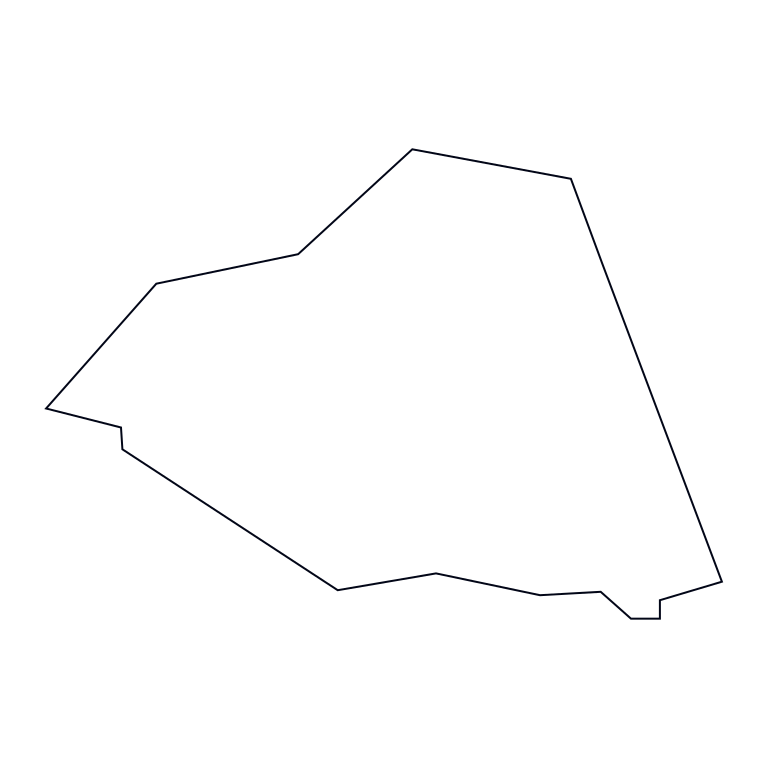 Rumbek North, Lakes, South Sudan
{"feature_id": "79223893B34085221347990", "entity_name": "Rumbek North", "entity_type": "district", "adm_level": 2, "iso_a3": "SSD", "parent_name": "South Sudan", "parent_adm1": "Lakes", "projection": "natural_earth1", "projection_center": [29.719, 7.541], "detail": "fine", "context": "isolated", "style": "outline", "palette": "ink", "viewbox_px": 768, "rotation_deg": 0, "n_neighbors": 0, "source": "geoboundaries", "source_scale": "gbopen_adm2", "svg_char_len": 330}
<svg xmlns="http://www.w3.org/2000/svg" viewBox="0 0 768 768"><path d="M337.7,590.2L436.0,573.4L540.0,595.2L600.7,591.8L631.0,618.7L659.9,618.7L659.9,600.2L721.9,581.7L602.0,262.9L570.9,178.8L412.3,149.3L298.1,254.2L156.3,283.7L46.1,408.5L121.0,427.5L122.4,449.3L337.7,590.2Z" fill="none" stroke="#020617" stroke-width="2"/></svg>